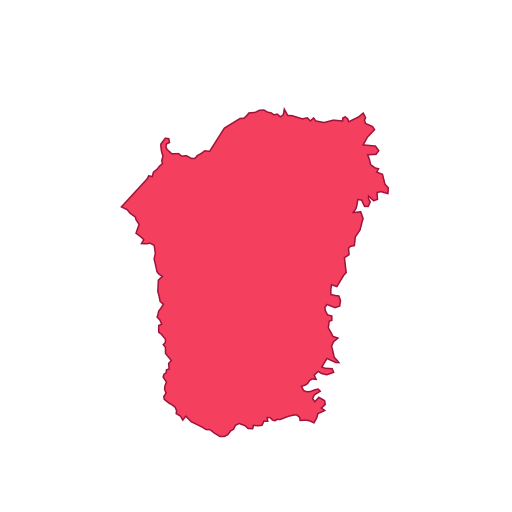 outline of São Martinho da Serra, Rio Grande do Sul, Brazil, rotated 122°
{"feature_id": "56859067B1890205417469", "entity_name": "São Martinho da Serra", "entity_type": "district", "adm_level": 2, "iso_a3": "BRA", "parent_name": "Brazil", "parent_adm1": "Rio Grande do Sul", "projection": "natural_earth1", "projection_center": [-53.88, -29.477], "detail": "fine", "context": "isolated", "style": "filled", "palette": "rose", "viewbox_px": 512, "rotation_deg": 122, "n_neighbors": 0, "source": "geoboundaries", "source_scale": "gbopen_adm2", "svg_char_len": 3384}
<svg xmlns="http://www.w3.org/2000/svg" viewBox="0 0 512 512"><g transform="rotate(122 256 256)"><path d="M431.9,240.2L431.8,235.2L434.0,231.1L429.0,230.7L430.9,223.2L430.2,217.2L429.7,211.2L429.6,206.2L427.6,202.9L428.2,198.1L428.2,190.9L425.7,187.1L422.3,185.2L417.7,184.8L414.8,183.2L410.5,183.7L407.0,181.6L405.7,175.3L406.5,171.2L404.2,167.3L401.0,168.4L398.8,164.2L396.4,161.2L391.9,161.8L389.9,158.5L387.1,160.9L385.5,158.3L386.4,155.3L385.6,152.5L383.3,151.5L381.9,148.9L374.9,143.7L371.2,140.0L369.2,137.4L369.8,133.3L372.1,131.5L368.7,126.6L367.3,122.9L366.8,118.4L361.1,118.7L356.9,120.0L350.6,115.8L350.3,120.0L345.2,118.6L342.3,121.2L342.5,127.8L348.5,128.9L346.9,132.4L343.0,133.0L336.6,129.9L335.9,132.8L338.5,135.4L342.0,137.9L344.2,140.9L344.9,144.3L342.4,148.4L339.2,145.7L336.7,144.6L333.1,144.6L330.5,143.2L328.7,139.6L326.3,143.5L321.0,142.2L320.9,138.1L319.2,133.0L313.5,128.5L311.2,131.7L314.7,138.1L315.2,141.4L312.3,141.4L305.3,141.5L304.0,131.7L302.5,129.2L301.5,132.1L300.4,136.0L294.6,141.8L292.5,144.1L287.7,144.8L282.2,143.0L283.4,148.2L281.1,151.9L278.7,156.5L272.6,159.4L270.4,157.6L266.7,159.9L268.0,164.2L265.7,168.0L263.3,170.3L259.5,170.1L257.9,161.6L254.1,158.5L248.9,160.8L246.0,164.6L247.3,167.3L249.0,172.1L244.7,174.8L240.3,176.7L239.1,171.2L225.6,171.4L222.3,170.7L210.6,180.1L205.5,177.8L200.4,181.6L197.8,181.1L195.1,178.1L187.2,181.9L178.8,181.6L170.6,184.2L167.5,185.0L163.0,190.7L164.9,193.0L167.6,196.7L162.9,196.3L159.6,197.3L154.2,199.6L152.6,196.0L154.5,193.3L156.4,190.2L154.5,187.1L149.6,187.8L147.9,190.9L145.6,192.2L146.8,185.5L143.6,183.0L138.0,187.0L135.2,184.1L133.2,177.2L128.1,179.9L126.8,184.7L119.7,192.0L120.9,198.1L117.1,198.3L118.2,201.7L117.8,207.1L114.1,210.9L111.0,214.9L106.2,208.1L101.6,207.7L99.5,213.0L103.1,220.2L105.0,224.0L96.2,224.5L86.0,222.4L84.5,225.8L85.6,233.4L83.2,236.0L80.7,236.3L78.0,240.8L83.7,242.7L93.0,248.5L91.1,250.9L90.7,254.2L93.0,255.5L95.6,254.1L99.8,262.4L104.2,266.6L106.8,269.1L109.8,276.9L108.4,280.3L112.7,281.5L111.6,285.7L115.1,289.3L117.9,299.8L120.0,303.6L118.2,306.7L116.5,309.8L121.8,307.7L125.1,309.1L124.4,313.1L126.8,315.7L126.6,319.2L127.9,322.4L128.0,326.7L130.7,330.4L134.7,332.8L138.4,337.8L141.6,338.2L145.6,339.2L147.8,342.4L164.3,350.6L191.8,350.8L194.0,355.2L198.7,357.1L201.9,359.0L205.6,359.5L207.5,362.6L207.8,368.2L210.7,371.8L210.2,375.9L213.9,381.5L212.8,387.9L211.2,390.2L208.4,391.3L205.6,389.5L202.7,392.1L204.2,395.4L207.0,395.6L211.5,396.0L214.1,394.3L217.3,391.6L220.8,387.7L224.9,386.6L227.2,384.3L230.8,385.4L234.6,385.8L239.2,387.4L243.7,386.1L244.8,389.5L248.2,389.2L251.7,389.8L285.7,396.2L285.0,389.7L286.5,385.4L286.9,379.0L288.8,377.0L291.2,371.8L297.0,370.6L300.3,369.8L300.8,363.5L301.7,359.8L306.2,359.7L303.5,355.1L301.3,352.8L300.9,348.1L304.3,345.1L307.3,342.7L312.5,340.8L316.1,337.2L319.2,334.1L321.7,331.8L322.8,329.0L322.9,324.6L328.2,326.0L338.2,320.4L341.4,316.9L345.4,313.2L346.0,309.0L350.9,309.0L354.4,309.3L357.3,308.2L360.2,307.5L361.2,303.6L363.8,299.8L366.5,301.7L372.2,298.1L372.4,295.1L374.6,288.6L377.5,287.0L380.3,287.7L381.3,284.5L386.6,281.1L389.5,272.4L393.4,273.2L397.8,269.8L400.0,271.6L402.7,270.3L405.1,271.4L407.9,270.6L410.3,265.2L414.7,264.3L417.5,262.9L420.0,259.6L423.9,259.8L426.2,257.9L426.9,251.8L426.7,248.3L427.1,244.5L429.3,241.3L431.9,240.2Z" fill="#f43f5e" stroke="#9f1239" stroke-width="1.5"/></g></svg>